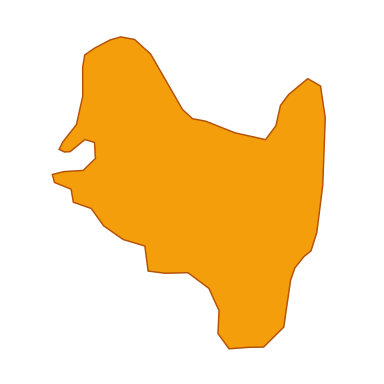 the Province of Alborz, rotated 86°
{"feature_id": "IRN-5490", "entity_name": "Alborz", "entity_type": "Province", "adm_level": 1, "iso_a3": "IRN", "parent_name": "Iran", "parent_adm1": "", "projection": "albers", "projection_center": [50.738, 35.945], "detail": "fine", "context": "isolated", "style": "filled", "palette": "amber", "viewbox_px": 384, "rotation_deg": 86, "n_neighbors": 0, "source": "natural_earth", "source_scale": "10m", "svg_char_len": 797}
<svg xmlns="http://www.w3.org/2000/svg" viewBox="0 0 384 384"><g transform="rotate(86 192 192)"><path d="M164.8,330.1L162.7,318.4L162.9,299.1L151.8,286.0L135.8,285.8L132.2,295.2L143.2,310.6L143.2,316.4L140.2,321.6L133.1,317.4L116.7,302.6L88.8,294.3L60.1,292.4L47.8,289.4L41.7,279.2L34.6,263.1L32.3,252.2L35.9,238.6L51.6,223.6L109.1,195.7L118.9,186.4L122.3,173.5L135.9,145.2L144.9,115.0L131.8,103.7L111.8,97.7L101.4,88.7L87.0,68.7L95.2,56.4L127.3,53.9L194.4,61.1L241.0,70.3L259.0,77.4L264.2,84.8L274.9,94.7L286.8,99.8L333.2,109.9L351.7,131.4L350.9,146.2L351.0,166.0L335.0,176.0L312.2,173.3L289.3,181.9L272.2,201.7L271.2,224.3L267.8,241.3L242.6,242.8L234.6,264.0L219.7,282.4L201.4,293.7L193.9,311.1L180.8,312.4L172.9,328.5L164.8,330.1Z" fill="#f59e0b" stroke="#b45309" stroke-width="1.5"/></g></svg>